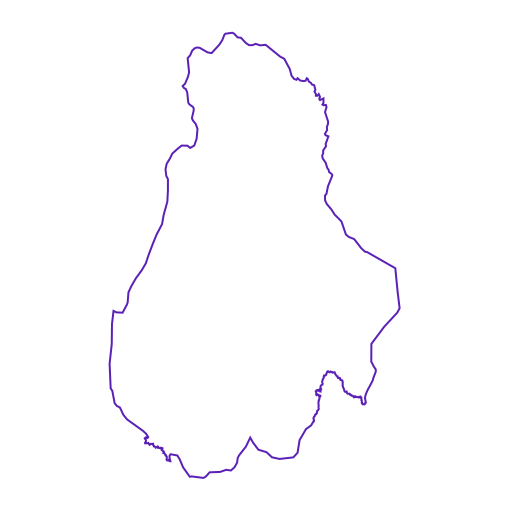 outline of Masisi, Nord-Kivu, Democratic Republic of the Congo, rotated 1°
{"feature_id": "63176286B62559292775761", "entity_name": "Masisi", "entity_type": "district", "adm_level": 2, "iso_a3": "COD", "parent_name": "Democratic Republic of the Congo", "parent_adm1": "Nord-Kivu", "projection": "equal_earth", "projection_center": [28.926, -1.376], "detail": "fine", "context": "isolated", "style": "outline", "palette": "violet", "viewbox_px": 512, "rotation_deg": 1, "n_neighbors": 0, "source": "geoboundaries", "source_scale": "gbopen_adm2", "svg_char_len": 6073}
<svg xmlns="http://www.w3.org/2000/svg" viewBox="0 0 512 512"><g transform="rotate(1 256 256)"><path d="M371.7,384.7L374.8,378.6L375.5,375.8L377.8,369.5L377.7,367.3L376.0,364.9L373.1,359.6L372.9,341.8L385.5,324.4L398.2,310.2L400.5,305.7L398.3,289.9L395.5,265.8L366.9,250.1L364.9,249.8L361.1,246.4L353.9,237.4L348.4,235.3L345.5,232.9L340.8,219.9L333.9,213.2L330.6,208.2L325.9,202.8L324.1,199.2L323.9,194.4L325.3,192.8L326.8,184.9L330.9,174.2L330.4,172.9L327.5,170.6L327.2,168.7L325.7,166.7L324.1,161.7L320.9,157.1L320.4,154.6L321.4,152.0L321.3,149.3L324.1,145.0L323.7,142.7L326.3,135.1L323.4,134.0L322.8,132.6L324.9,128.9L324.6,125.8L325.7,122.6L325.7,120.2L322.5,110.9L323.9,105.9L323.3,103.8L320.9,104.1L319.8,103.4L320.8,101.8L320.7,97.3L317.3,99.0L316.5,97.8L317.2,95.8L315.9,93.0L314.6,94.7L313.1,94.7L313.2,93.3L311.6,90.5L312.5,88.9L311.2,84.2L309.0,83.6L307.8,81.9L305.7,80.6L304.8,78.2L303.7,77.4L302.5,79.9L300.6,80.3L297.2,79.8L294.4,77.5L293.4,79.1L291.0,78.3L288.4,75.1L286.5,68.5L280.8,58.3L276.8,56.3L262.0,44.7L256.4,45.3L252.0,43.9L248.9,45.2L245.4,45.3L242.0,43.1L237.2,38.1L233.7,37.7L230.3,34.1L228.4,33.2L221.6,34.3L220.5,35.4L218.5,40.8L215.6,45.4L208.1,53.9L204.1,53.3L196.0,48.8L193.4,48.6L191.5,49.1L188.7,51.6L186.6,56.6L184.2,59.4L185.9,73.5L184.8,78.2L182.0,85.1L179.7,87.3L181.0,89.2L183.0,90.4L184.4,93.7L185.6,103.8L186.8,105.6L190.4,108.1L191.1,109.4L191.2,111.4L189.5,119.3L190.5,121.5L193.5,125.2L195.3,130.0L194.6,139.7L192.4,146.6L188.3,149.1L185.5,146.9L179.7,146.9L176.3,149.7L170.6,155.0L168.1,160.3L165.1,165.3L164.0,170.9L164.9,177.5L166.6,180.7L166.8,192.0L166.4,203.2L163.0,216.4L161.5,225.8L156.2,236.4L153.0,244.6L148.7,256.5L146.0,265.2L141.9,272.4L136.2,280.5L131.9,288.3L129.1,294.6L128.5,304.6L127.8,306.8L123.6,315.0L117.4,314.8L114.5,313.4L113.2,326.5L113.3,346.6L111.5,366.3L113.0,390.9L114.7,393.4L117.2,405.5L119.3,408.2L122.6,409.9L126.2,417.2L129.9,421.6L145.9,432.7L149.2,435.6L151.4,438.9L150.8,439.8L150.5,439.9L149.6,439.9L149.5,439.2L149.2,439.2L148.9,439.3L147.9,440.2L148.1,440.6L149.2,442.0L149.1,444.1L149.0,444.3L148.4,444.4L148.3,444.6L148.4,445.2L149.4,445.2L149.6,445.0L149.8,445.0L150.4,445.2L151.6,444.7L151.9,445.0L152.1,445.5L152.4,445.9L152.5,446.3L152.9,446.7L153.8,445.8L154.5,445.6L155.3,445.9L156.1,445.5L156.4,445.5L156.4,446.2L156.7,447.3L157.2,448.1L157.6,447.9L157.7,448.0L158.6,448.7L159.1,449.4L159.6,449.0L160.1,448.9L160.6,448.3L161.1,448.1L161.5,448.4L161.6,448.7L161.4,449.5L161.5,449.6L162.0,449.3L162.7,449.7L163.4,449.8L164.1,449.4L164.6,450.2L164.8,450.2L165.1,449.7L165.8,449.7L165.9,450.3L165.7,450.7L165.1,451.2L165.0,451.4L165.1,451.7L166.9,453.0L166.9,453.3L167.2,453.3L166.9,454.6L167.1,454.6L167.4,454.3L167.8,454.6L168.4,455.8L168.9,456.1L169.0,456.9L169.6,457.0L169.7,457.3L169.9,458.0L170.3,458.3L170.4,458.9L170.1,461.1L170.5,461.8L171.1,462.0L172.1,461.4L172.2,461.5L172.8,462.4L173.6,462.3L173.8,462.7L174.0,462.7L173.2,459.9L173.0,457.4L174.0,455.7L180.8,456.8L183.2,460.5L186.8,468.6L193.7,477.9L195.5,477.5L207.3,478.8L209.6,477.5L213.4,473.1L223.9,472.5L230.0,470.3L234.6,470.9L238.2,467.6L240.7,463.0L241.2,458.4L242.5,455.7L249.2,446.8L253.4,437.7L256.3,442.6L261.7,449.6L270.0,452.0L275.5,457.0L283.1,458.5L296.8,456.7L301.0,452.0L302.8,439.3L309.0,428.2L314.1,424.4L316.4,420.2L316.5,420.6L316.8,420.3L317.0,419.4L316.7,418.7L316.2,417.3L316.2,417.2L316.5,416.9L316.7,415.9L317.4,415.2L317.6,415.0L317.6,414.4L318.0,413.5L318.2,413.3L318.7,413.3L318.9,413.1L318.9,412.7L319.1,412.4L319.4,412.3L319.6,412.1L319.9,409.7L320.1,409.4L320.8,409.1L321.4,407.9L321.4,407.5L321.1,406.3L321.3,404.5L321.2,404.3L321.1,402.8L320.9,402.1L321.0,401.7L321.1,400.3L321.3,400.1L321.2,399.1L321.6,398.8L321.8,398.1L322.0,396.0L322.3,395.6L322.6,395.5L322.8,395.2L322.8,394.6L322.6,394.4L321.5,394.2L321.2,394.5L320.7,393.6L320.1,393.3L319.6,393.7L319.3,394.1L319.1,394.2L318.8,394.0L318.6,393.5L318.6,393.1L318.8,393.0L318.6,392.6L318.7,391.8L318.1,390.2L318.7,389.5L318.8,389.5L319.0,389.4L319.5,389.5L319.4,389.0L319.8,388.8L320.1,388.8L320.1,389.0L320.8,389.7L321.7,389.5L322.4,390.4L322.9,390.4L322.7,389.7L322.0,388.9L322.0,388.3L322.3,387.7L322.9,388.4L323.4,388.6L323.5,388.5L323.3,387.6L323.0,387.2L322.8,386.7L322.8,385.5L322.9,385.3L323.0,384.6L323.7,383.9L324.2,383.7L324.8,383.3L324.9,382.6L324.8,382.1L324.5,381.7L324.3,380.2L324.7,379.5L324.7,378.8L324.9,378.4L325.0,377.9L325.6,377.2L325.7,376.7L325.8,376.6L326.0,375.9L325.8,375.2L325.9,374.8L326.1,374.3L326.7,374.3L326.9,374.1L327.3,374.0L327.6,374.2L328.3,373.5L328.4,372.4L328.8,371.8L328.8,371.6L329.0,371.3L329.0,370.8L329.5,370.2L329.9,370.0L330.0,370.1L330.6,370.2L331.1,370.9L331.8,371.0L332.0,370.7L332.8,370.2L333.7,370.9L334.3,371.1L334.5,370.9L334.9,371.3L335.7,371.2L336.0,370.9L336.3,371.0L336.4,370.9L336.7,370.9L336.8,371.3L337.0,371.7L337.2,372.5L337.4,372.6L337.6,373.1L338.1,373.6L338.5,374.4L338.7,374.6L339.7,374.9L339.8,375.2L339.7,375.7L339.8,376.1L340.2,376.6L340.7,376.7L341.1,376.5L341.3,376.6L341.5,376.4L341.8,376.5L341.9,376.9L342.2,376.9L342.3,377.9L342.4,378.2L342.8,378.5L343.3,378.4L343.6,378.7L344.2,378.7L344.6,379.2L344.8,380.5L345.0,380.7L344.9,381.0L344.9,381.4L344.8,381.6L344.8,382.0L345.0,382.9L345.0,383.4L344.8,383.7L344.9,384.4L345.1,385.0L345.3,385.1L345.6,386.5L346.1,386.9L346.2,387.6L346.6,388.5L346.6,389.1L347.2,390.1L347.9,390.3L348.9,389.9L349.4,391.5L349.8,392.0L350.5,392.2L351.6,392.0L352.4,392.7L352.7,393.2L353.0,392.9L354.2,394.1L354.4,394.1L354.5,393.9L354.7,394.0L355.2,394.0L356.3,395.6L357.4,395.4L357.5,394.5L357.9,394.5L358.0,394.8L358.8,395.3L360.0,395.3L360.6,395.1L361.0,395.6L361.6,395.5L362.5,394.7L363.0,394.7L363.1,394.9L363.1,395.2L363.0,395.5L363.0,395.8L363.6,395.7L363.8,395.8L363.6,396.4L363.9,397.0L363.9,397.4L364.1,397.8L363.9,398.5L364.3,398.9L364.3,399.7L364.6,400.6L364.3,401.0L364.5,401.6L365.1,401.7L365.3,402.2L365.6,402.1L365.7,402.3L366.8,402.6L367.2,402.4L367.9,401.4L367.9,400.6L368.1,400.3L368.3,400.3L367.4,395.9L368.0,393.2L368.9,390.5L370.1,387.7L371.7,384.7Z" fill="none" stroke="#5b21b6" stroke-width="2"/></g></svg>